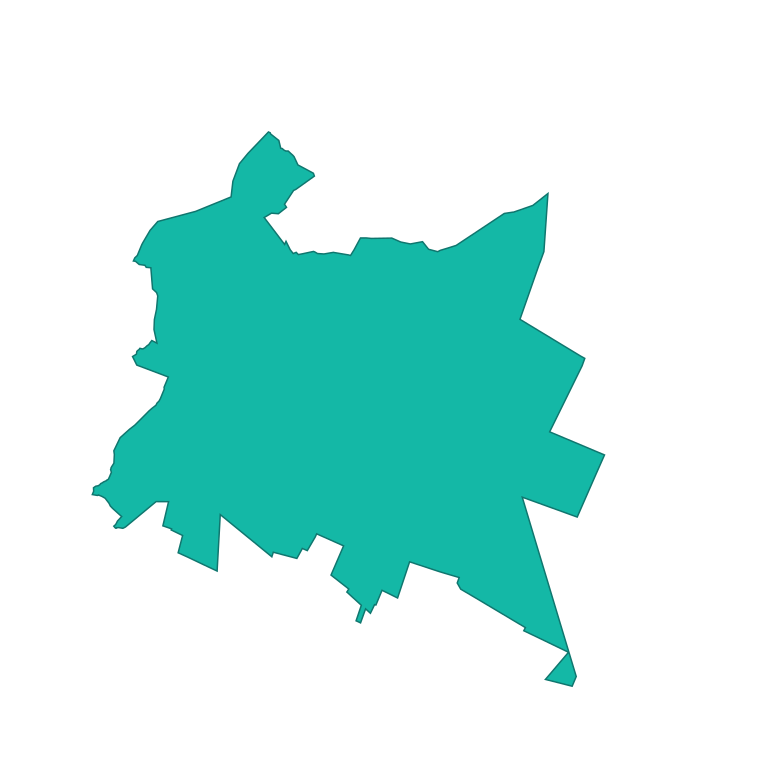 Santa Elena, Yucatán, Mexico (Robinson projection), rotated 199°
{"feature_id": "50627088B55923082942331", "entity_name": "Santa Elena", "entity_type": "district", "adm_level": 2, "iso_a3": "MEX", "parent_name": "Mexico", "parent_adm1": "Yucatán", "projection": "robinson", "projection_center": [-89.676, 20.255], "detail": "fine", "context": "isolated", "style": "filled", "palette": "teal", "viewbox_px": 768, "rotation_deg": 199, "n_neighbors": 0, "source": "geoboundaries", "source_scale": "gbopen_adm2", "svg_char_len": 2943}
<svg xmlns="http://www.w3.org/2000/svg" viewBox="0 0 768 768"><g transform="rotate(199 384 384)"><path d="M207.1,474.4L276.5,489.4L276.2,549.7L276.1,549.9L275.9,561.2L291.0,617.5L301.4,601.3L317.7,588.5L318.0,588.5L325.8,584.4L360.9,538.5L368.2,533.1L374.3,528.7L376.3,526.6L385.7,525.9L393.9,531.1L404.7,525.0L414.4,523.7L424.1,524.5L443.4,517.5L448.4,516.3L453.8,514.4L456.0,501.1L457.5,494.6L459.5,494.5L473.8,492.1L474.0,492.1L474.7,492.0L483.1,487.4L489.4,485.7L492.2,486.3L493.8,486.4L503.6,480.5L507.1,478.5L509.9,479.9L512.3,477.8L516.1,480.2L516.2,480.3L516.6,480.6L521.2,485.1L523.1,487.0L523.4,483.6L551.5,502.4L546.0,508.9L539.3,510.6L533.7,519.3L536.6,521.6L532.5,537.6L530.8,539.2L517.5,557.9L519.4,560.3L536.7,563.1L543.1,569.7L544.9,570.7L547.1,571.6L550.4,573.1L552.7,572.3L554.7,572.6L556.9,573.5L558.5,573.3L558.8,573.9L562.7,580.0L572.6,583.5L573.4,584.5L575.3,584.7L587.7,557.8L592.4,545.3L592.9,526.6L589.5,511.1L618.3,485.9L650.8,464.0L655.2,453.1L658.1,438.8L658.4,436.7L659.1,425.2L660.7,422.1L661.0,418.7L658.9,419.1L654.4,417.3L648.7,418.4L646.8,416.9L642.3,418.0L633.8,398.6L628.8,396.4L626.6,393.6L623.4,380.5L622.1,370.2L619.2,360.6L612.0,348.7L617.7,349.5L618.0,348.6L618.8,346.3L619.2,344.7L620.5,343.0L621.8,340.5L623.4,338.7L624.6,338.4L625.7,338.4L626.6,338.1L626.7,337.0L628.0,335.2L628.3,334.1L627.8,331.6L630.7,328.1L623.9,321.4L590.2,320.4L590.9,309.3L590.1,307.6L590.7,297.3L591.2,294.5L592.4,292.1L592.7,289.7L595.5,285.4L597.3,282.3L603.4,269.7L606.3,263.8L609.8,258.5L616.0,247.4L617.7,232.9L616.0,229.5L613.6,221.2L614.8,216.2L614.6,215.0L614.7,214.2L613.0,211.7L613.3,207.3L613.6,204.2L615.0,202.6L615.2,202.0L615.8,201.5L617.5,199.9L618.0,199.0L619.1,198.0L619.1,197.9L619.6,197.3L619.7,196.5L620.4,195.7L620.9,194.9L623.3,193.5L624.9,191.3L623.6,188.1L623.8,184.5L618.8,185.3L618.2,185.6L618.0,186.1L614.2,185.9L610.5,185.2L605.2,181.7L603.0,179.5L601.0,178.5L600.3,178.1L591.4,174.3L588.9,173.3L591.4,167.6L591.5,166.9L591.6,165.8L592.0,163.7L593.2,161.6L591.9,160.8L590.9,160.3L590.2,160.5L590.2,161.0L589.4,161.2L588.4,161.8L584.1,162.5L583.4,163.0L582.4,164.1L581.9,164.6L561.2,198.6L549.4,202.6L546.9,177.9L537.7,177.9L537.7,176.7L525.1,175.2L523.7,157.4L513.1,156.4L495.7,154.4L480.9,152.8L496.3,207.2L485.2,203.1L433.8,184.1L433.9,188.9L409.6,190.7L407.7,201.6L407.7,201.9L402.3,201.5L399.2,217.0L398.9,220.4L369.5,217.8L371.9,186.1L368.2,184.8L350.6,178.7L350.7,178.1L351.4,175.2L333.4,167.4L333.3,151.0L331.0,150.8L328.4,150.5L328.2,165.4L322.2,162.8L321.6,167.6L321.1,172.3L319.7,172.4L318.7,188.3L301.5,186.1L301.9,224.2L270.7,224.6L265.3,224.8L249.9,225.5L250.0,219.7L244.7,215.0L227.5,211.5L171.0,199.7L171.5,196.2L160.9,195.0L122.2,190.4L135.2,157.2L107.7,159.5L107.0,170.0L141.6,218.0L163.9,249.0L189.0,283.8L215.5,320.7L216.4,322.0L158.0,321.1L154.2,367.7L152.4,388.7L211.8,392.7L202.6,465.6L202.5,473.6L207.1,474.4Z" fill="#14b8a6" stroke="#0f766e" stroke-width="1.5"/></g></svg>